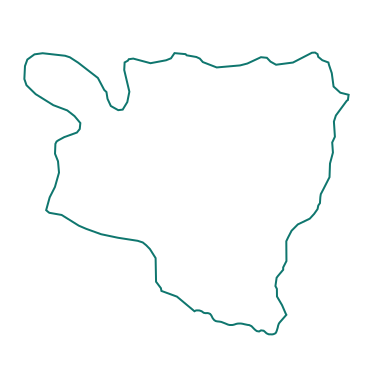 the district of Villa Nueva, Guatemala, rotated 357°
{"feature_id": "79465075B28171431447945", "entity_name": "Villa Nueva", "entity_type": "district", "adm_level": 2, "iso_a3": "GTM", "parent_name": "Guatemala", "parent_adm1": "", "projection": "mercator", "projection_center": [-90.605, 14.533], "detail": "fine", "context": "isolated", "style": "outline", "palette": "teal", "viewbox_px": 384, "rotation_deg": 357, "n_neighbors": 0, "source": "geoboundaries", "source_scale": "gbopen_adm2", "svg_char_len": 2113}
<svg xmlns="http://www.w3.org/2000/svg" viewBox="0 0 384 384"><g transform="rotate(357 192 192)"><path d="M188.2,311.2L189.8,310.5L191.2,310.5L193.2,310.7L195.4,311.6L197.3,313.2L199.1,313.7L201.0,313.7L202.3,314.0L203.7,314.7L204.8,316.2L205.4,317.6L206.1,319.2L207.5,321.1L208.9,322.1L210.3,322.5L212.8,322.9L214.5,323.3L218.3,325.0L221.0,326.3L222.7,326.8L224.3,326.9L225.7,326.9L227.3,326.6L229.4,326.0L231.0,325.8L233.9,325.9L235.8,326.3L237.1,326.7L240.5,327.6L242.2,327.9L244.4,329.1L247.0,332.1L248.2,333.3L249.5,334.3L251.7,334.8L253.7,333.8L256.3,334.3L257.7,335.6L259.0,337.0L261.1,338.1L264.6,338.4L266.1,338.2L268.0,337.4L268.9,336.1L269.6,334.4L270.5,331.9L271.0,330.0L271.9,327.9L272.9,326.7L279.8,319.6L279.2,318.3L276.0,309.7L271.4,300.8L271.7,293.2L270.4,290.3L272.0,282.1L273.4,280.4L279.0,274.4L279.1,272.1L282.7,265.9L283.6,246.1L285.6,242.4L289.4,235.9L296.0,229.9L308.2,224.8L312.8,220.3L316.5,215.6L317.4,212.1L319.2,209.8L319.9,203.8L320.5,200.9L323.4,196.0L330.1,184.4L331.3,170.8L334.8,160.0L334.6,149.9L337.6,144.3L337.4,129.1L339.7,123.1L351.3,109.0L352.5,108.3L353.5,103.1L345.3,100.6L338.9,94.1L337.8,80.6L335.4,72.0L335.0,69.8L329.0,67.2L325.1,63.6L324.6,60.9L322.2,59.2L319.1,59.2L299.6,68.0L282.6,69.3L277.2,65.9L273.8,61.9L267.9,61.0L254.0,66.6L246.6,68.1L223.2,68.9L209.6,62.8L206.8,59.2L203.4,57.4L193.8,55.2L192.8,54.0L181.8,52.4L178.0,57.4L173.0,59.1L157.3,61.2L140.3,55.7L135.8,56.1L134.8,57.5L131.5,59.1L130.7,66.6L134.7,88.6L132.1,98.8L127.1,106.1L122.6,106.4L117.2,103.0L115.4,101.8L112.5,94.5L111.8,87.7L109.7,85.5L104.0,73.2L85.1,56.9L77.1,51.1L72.4,49.3L50.1,45.6L41.9,46.3L34.5,51.1L31.8,57.5L30.5,70.4L32.3,76.7L41.0,86.1L58.0,98.0L71.7,104.0L78.6,110.0L84.1,117.3L83.2,123.2L80.2,126.6L67.3,130.5L65.0,131.6L61.2,133.4L59.4,134.5L58.1,136.8L57.2,146.6L59.8,154.3L60.2,165.7L55.4,179.8L49.6,189.9L45.4,202.5L46.7,203.8L48.4,205.3L60.6,208.1L77.2,219.7L84.3,223.2L99.0,229.4L115.6,233.8L135.2,237.9L140.2,239.8L143.5,242.8L147.0,246.8L152.2,256.1L151.4,279.7L155.9,286.4L156.3,289.2L171.5,295.7L188.2,311.2Z" fill="none" stroke="#0f766e" stroke-width="2"/></g></svg>